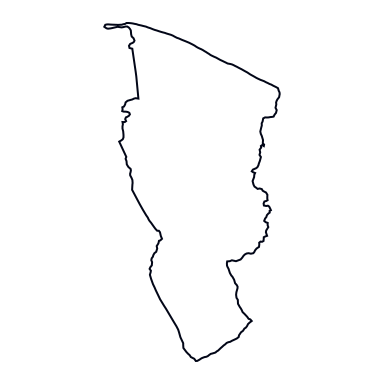 the district of Santo Amaro do Maranhão, Maranhão, Brazil
{"feature_id": "56859067B2088980955317", "entity_name": "Santo Amaro do Maranhão", "entity_type": "district", "adm_level": 2, "iso_a3": "BRA", "parent_name": "Brazil", "parent_adm1": "Maranhão", "projection": "robinson", "projection_center": [-43.176, -2.647], "detail": "fine", "context": "isolated", "style": "outline", "palette": "ink", "viewbox_px": 384, "rotation_deg": 0, "n_neighbors": 0, "source": "geoboundaries", "source_scale": "gbopen_adm2", "svg_char_len": 4766}
<svg xmlns="http://www.w3.org/2000/svg" viewBox="0 0 384 384"><path d="M278.0,88.2L275.9,87.0L273.2,85.7L271.3,84.6L269.6,84.0L267.7,83.0L266.1,82.3L264.1,81.2L262.0,80.4L260.6,79.9L259.1,79.2L257.8,78.6L256.4,77.9L254.7,76.9L253.3,76.1L250.2,74.4L247.4,72.5L245.0,71.2L241.5,69.2L238.9,67.9L236.9,66.8L235.2,66.0L233.7,65.2L232.2,64.5L230.4,64.0L227.6,63.5L225.7,62.5L224.4,61.9L223.0,61.2L220.2,59.9L217.7,58.5L216.1,57.6L214.2,56.8L212.1,55.8L210.5,55.0L209.0,53.9L207.5,53.0L206.0,52.0L204.6,51.2L202.9,50.1L201.2,49.2L199.8,48.6L198.1,47.8L196.5,46.9L194.6,45.6L192.4,44.4L189.0,42.7L185.4,41.2L182.1,39.9L178.7,38.4L177.1,37.9L175.7,37.2L174.2,36.4L172.8,35.6L170.9,34.8L168.5,34.1L166.5,33.5L164.9,32.9L162.9,32.4L161.1,31.9L159.2,31.3L156.8,30.5L154.7,29.9L152.8,29.2L150.4,28.2L148.1,27.5L145.9,26.6L143.3,26.0L141.4,25.5L140.0,25.2L138.2,24.8L136.5,24.2L134.3,23.8L133.0,23.5L131.0,23.2L128.7,23.0L126.5,23.0L125.1,23.9L123.4,24.2L121.8,24.7L119.8,24.8L118.2,24.9L116.1,24.8L113.4,24.7L110.9,24.6L108.7,24.4L107.1,24.4L105.3,24.8L104.3,26.8L106.5,28.3L108.0,28.7L110.5,28.4L112.0,28.1L114.1,27.6L117.6,26.8L121.6,27.4L123.4,27.1L125.6,26.5L127.2,26.5L128.9,27.6L130.0,29.0L130.8,30.4L131.0,32.4L131.1,34.1L131.7,36.5L133.6,38.3L134.5,40.6L133.8,42.0L132.6,42.9L130.2,43.9L129.0,45.8L129.5,48.0L132.3,48.7L135.7,71.9L136.3,76.5L138.4,98.6L135.7,98.2L134.0,98.6L132.2,99.5L130.2,100.0L127.5,100.8L125.6,102.4L125.1,104.5L124.0,106.5L122.3,107.3L122.6,109.2L122.2,111.1L123.5,111.6L126.1,111.7L127.7,112.0L129.3,112.8L129.9,114.3L129.0,115.7L127.3,116.8L125.9,117.4L125.2,119.1L126.1,121.1L124.7,122.1L122.5,122.0L122.9,124.2L122.5,126.3L122.5,128.6L123.2,131.4L123.5,134.9L123.5,137.4L122.8,139.2L121.3,140.4L119.2,141.6L123.8,151.5L126.3,156.9L125.6,158.8L126.5,161.1L126.8,164.4L128.4,167.0L130.6,168.9L130.9,170.4L130.6,172.0L130.1,173.8L130.2,175.4L131.4,177.6L132.4,180.0L132.6,183.0L132.4,184.6L132.1,189.8L135.5,196.2L137.3,199.6L139.8,204.3L142.9,209.8L146.2,215.3L147.8,217.6L148.7,219.6L149.6,221.0L151.1,222.8L153.7,226.5L155.3,228.7L157.1,230.7L158.9,230.8L160.0,232.3L160.8,235.9L162.0,238.8L160.3,240.4L159.0,240.8L158.4,243.4L156.7,246.1L157.2,248.5L156.2,251.8L154.4,253.2L153.3,255.2L152.9,256.7L151.7,258.3L151.3,260.2L152.1,262.1L151.8,265.4L150.4,267.1L149.6,268.9L150.9,270.7L150.6,272.3L149.9,274.8L151.1,278.9L153.0,284.2L154.6,287.5L155.8,290.3L159.3,297.6L160.1,299.3L164.2,306.0L165.9,308.6L173.6,321.6L176.5,326.4L178.2,329.7L179.0,332.2L180.4,337.2L181.6,339.8L183.2,343.2L183.2,344.9L183.4,348.0L186.4,352.0L188.1,353.8L189.7,355.2L190.8,357.0L194.3,358.8L195.8,361.0L197.3,360.9L199.6,359.6L201.5,358.3L202.9,357.7L204.5,357.1L206.2,356.8L207.7,356.2L208.9,355.2L210.7,353.9L212.3,353.5L214.0,353.0L215.5,352.5L216.7,351.4L218.1,350.6L220.8,348.0L222.3,346.7L223.7,345.4L225.0,344.5L226.7,342.9L228.4,342.2L230.2,341.8L231.9,340.8L234.3,339.7L236.8,338.5L238.7,337.0L239.0,335.3L240.0,333.8L241.0,332.3L243.0,330.8L244.4,328.6L246.0,327.5L247.1,326.0L248.0,324.1L249.6,322.6L251.7,321.0L250.3,319.4L248.6,318.8L247.2,316.8L245.8,315.3L244.4,313.8L242.6,312.1L241.7,310.0L240.8,308.4L239.8,307.0L238.0,303.8L237.8,299.8L236.5,297.8L236.1,294.8L236.4,292.2L237.5,288.3L237.6,286.7L236.8,285.1L235.1,283.2L234.1,279.7L232.4,276.7L231.3,275.5L229.9,273.0L228.5,268.7L227.6,267.1L227.0,265.6L226.9,263.2L227.2,261.4L229.8,261.2L231.9,260.3L236.0,261.2L238.4,260.3L240.6,259.5L242.2,257.7L243.5,255.8L244.8,254.5L246.6,253.5L248.6,253.2L250.9,253.7L253.3,253.2L254.3,252.0L255.1,250.3L256.6,248.5L259.0,246.9L259.3,244.4L259.2,242.7L260.5,241.6L262.0,241.8L263.5,241.0L263.7,239.2L263.8,237.2L265.2,236.5L267.1,235.8L266.6,234.4L265.9,232.2L266.2,230.5L267.2,228.9L268.3,227.1L267.6,225.1L267.7,222.9L265.7,222.2L264.2,220.9L265.1,218.5L266.3,217.1L266.9,215.2L268.3,213.6L269.7,212.6L269.6,210.9L270.9,210.2L270.2,208.6L269.2,206.6L267.9,205.7L266.2,206.0L263.9,205.5L263.6,203.5L264.4,201.5L266.2,201.0L267.6,200.2L267.3,198.7L267.3,196.8L267.4,194.8L266.0,192.5L264.2,191.6L262.7,190.7L261.8,189.1L259.7,188.5L257.6,188.9L256.0,187.6L254.5,186.6L253.5,184.6L252.6,181.1L254.1,177.1L254.3,174.7L255.1,173.0L253.2,172.3L251.8,171.3L252.9,169.6L254.5,168.9L256.0,168.3L257.4,167.2L258.4,165.3L258.9,163.4L259.8,161.1L260.9,157.0L259.5,154.9L260.2,152.3L259.6,149.7L261.2,147.5L260.9,146.0L262.1,145.1L263.8,146.1L264.1,144.6L262.8,143.3L263.0,140.0L262.3,137.7L261.8,136.0L260.8,133.8L260.3,131.5L261.2,127.7L261.8,125.5L261.7,123.3L262.6,121.5L263.2,118.4L265.1,117.4L266.9,117.5L268.7,117.4L270.1,117.1L272.1,116.9L273.6,116.6L274.6,114.6L276.0,112.9L276.7,110.1L275.5,107.8L276.3,104.5L276.1,102.4L276.7,100.7L277.4,99.4L279.1,97.2L279.7,94.0L279.5,92.3L278.7,90.7L278.0,88.2Z" fill="none" stroke="#020617" stroke-width="2"/></svg>